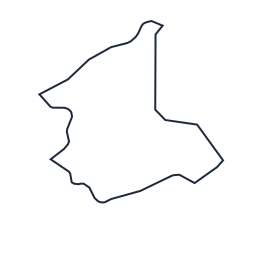 the border of Redbridge, rotated 59°
{"feature_id": "GBR-2074", "entity_name": "Redbridge", "entity_type": "London Borough", "adm_level": 1, "iso_a3": "GBR", "parent_name": "United Kingdom", "parent_adm1": "", "projection": "orthographic", "projection_center": [0.078, 51.584], "detail": "fine", "context": "isolated", "style": "outline", "palette": "slate", "viewbox_px": 256, "rotation_deg": 59, "n_neighbors": 0, "source": "natural_earth", "source_scale": "10m", "svg_char_len": 816}
<svg xmlns="http://www.w3.org/2000/svg" viewBox="0 0 256 256"><g transform="rotate(59 128 128)"><path d="M204.7,63.2L207.4,71.9L209.5,99.3L194.8,107.9L194.2,108.6L191.9,113.4L191.5,114.7L188.3,149.7L180.2,179.1L179.7,185.8L179.3,187.0L178.8,188.1L176.6,190.6L174.8,191.6L170.6,192.7L159.2,191.8L153.2,194.5L151.7,196.4L150.5,199.7L148.0,202.8L146.0,204.0L145.2,204.1L137.3,201.0L135.1,201.1L115.0,210.4L113.0,193.7L111.1,188.0L109.2,185.5L99.6,182.3L97.7,180.8L89.9,170.6L89.2,170.0L85.5,168.6L83.8,168.6L81.0,169.5L78.0,171.9L71.7,182.2L69.9,183.5L53.5,186.6L55.4,154.5L49.2,126.2L50.0,100.7L54.8,84.8L55.1,80.8L54.0,74.7L52.3,70.8L47.5,63.8L46.7,61.9L46.5,60.7L46.7,58.4L48.0,53.7L48.6,52.6L58.1,45.6L62.0,56.2L126.3,95.2L140.4,91.9L160.7,67.0L204.7,63.2Z" fill="none" stroke="#1e293b" stroke-width="2"/></g></svg>